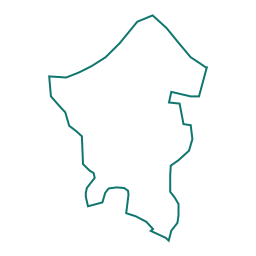 outline of Seo-gu [West District], Incheon, South Korea
{"feature_id": "91817680B73279111808647", "entity_name": "Seo-gu [West District]", "entity_type": "district", "adm_level": 2, "iso_a3": "KOR", "parent_name": "South Korea", "parent_adm1": "Incheon", "projection": "albers", "projection_center": [126.657, 37.545], "detail": "fine", "context": "isolated", "style": "outline", "palette": "teal", "viewbox_px": 256, "rotation_deg": 0, "n_neighbors": 0, "source": "geoboundaries", "source_scale": "gbopen_adm2", "svg_char_len": 846}
<svg xmlns="http://www.w3.org/2000/svg" viewBox="0 0 256 256"><path d="M49.2,76.4L50.9,96.3L59.2,105.8L65.3,112.4L69.2,125.8L76.4,131.3L81.9,136.3L83.0,164.1L89.7,170.7L93.6,173.0L94.7,177.9L86.9,187.9L85.8,192.9L85.8,196.8L88.0,206.3L102.4,202.4L105.2,192.9L108.6,188.5L116.3,187.4L124.1,188.0L128.0,190.7L128.5,194.6L126.2,213.2L135.8,216.3L146.3,221.8L153.0,229.0L150.8,230.9L157.4,234.0L165.8,237.9L168.7,240.6L171.3,230.7L177.4,222.9L178.5,215.7L178.5,204.0L174.6,197.4L170.2,191.8L170.2,175.7L170.7,166.8L170.7,165.7L178.5,160.2L183.5,155.7L189.0,150.7L192.4,139.1L190.7,125.2L183.5,124.1L179.6,103.6L169.0,102.5L171.3,91.9L190.7,96.4L199.0,96.4L206.8,67.4L205.9,67.4L190.6,57.2L177.9,42.0L166.5,28.0L152.6,15.4L137.3,21.7L119.6,43.3L105.6,57.2L91.6,66.1L78.9,72.5L66.2,77.5L49.2,76.4Z" fill="none" stroke="#0f766e" stroke-width="2"/></svg>